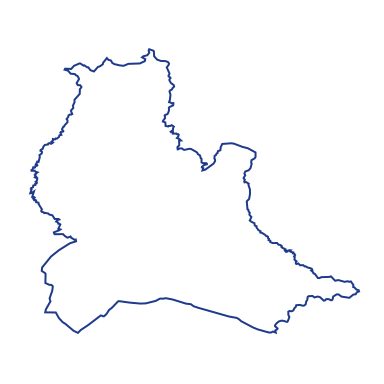 Siakago, Eastern, Kenya (Equal Earth projection), rotated 87°
{"feature_id": "3690345B46140582355746", "entity_name": "Siakago", "entity_type": "district", "adm_level": 2, "iso_a3": "KEN", "parent_name": "Kenya", "parent_adm1": "Eastern", "projection": "equal_earth", "projection_center": [37.759, -0.504], "detail": "fine", "context": "isolated", "style": "outline", "palette": "blue", "viewbox_px": 384, "rotation_deg": 87, "n_neighbors": 0, "source": "geoboundaries", "source_scale": "gbopen_adm2", "svg_char_len": 6006}
<svg xmlns="http://www.w3.org/2000/svg" viewBox="0 0 384 384"><g transform="rotate(87 192 192)"><path d="M304.5,344.9L305.2,334.3L310.8,331.6L315.3,327.9L316.9,325.5L324.4,317.5L326.7,313.3L324.0,310.3L319.3,302.4L310.6,289.7L310.7,288.7L311.5,287.2L311.4,286.2L309.5,283.9L305.4,280.9L303.4,278.0L297.3,271.5L297.2,270.4L299.2,260.0L300.7,249.5L300.8,244.0L298.9,234.1L296.8,229.5L297.0,226.5L296.7,223.6L298.3,217.1L303.2,203.7L304.0,199.0L306.2,196.3L308.0,191.7L318.3,161.5L320.1,153.8L321.7,151.5L323.5,149.8L330.6,137.9L332.7,133.4L336.3,122.7L336.5,120.6L335.6,118.4L336.8,115.7L334.6,116.1L333.6,114.1L332.7,113.7L330.4,116.1L329.6,116.1L327.6,114.5L325.8,112.0L325.2,109.8L325.3,108.0L326.7,103.9L326.1,103.1L321.9,101.3L319.8,102.2L316.6,102.1L315.9,100.8L316.3,99.1L316.1,98.0L315.3,96.8L313.6,96.0L312.2,94.4L310.5,93.8L310.4,90.2L311.4,87.2L311.3,86.1L310.2,84.4L307.4,83.7L305.7,82.5L302.9,82.0L302.2,81.1L302.1,77.1L303.7,75.3L303.0,72.0L303.3,70.8L303.8,69.6L307.4,66.1L307.2,64.8L306.0,63.6L306.0,62.5L306.2,60.9L307.4,58.9L307.3,58.0L306.8,57.3L303.8,56.5L301.8,52.9L302.0,50.9L304.3,48.1L305.9,40.4L302.9,36.3L302.7,33.9L300.8,32.7L300.0,30.4L298.8,30.7L298.1,32.8L295.7,34.9L295.3,36.0L293.3,35.7L289.6,38.1L289.9,39.5L289.3,41.3L289.7,44.3L287.6,50.5L288.1,53.7L283.5,57.7L284.0,59.2L283.8,67.3L284.6,69.0L284.5,70.8L280.4,73.4L279.6,75.0L278.8,75.0L276.7,77.0L276.3,75.9L275.1,76.3L274.2,77.9L273.7,79.9L272.2,82.4L272.2,83.5L270.9,84.7L270.8,87.9L268.9,89.6L269.4,91.4L269.0,92.0L267.3,92.0L266.6,91.3L265.0,93.2L262.2,92.8L261.7,93.4L260.3,92.3L259.0,93.1L258.6,94.4L257.7,94.0L256.8,96.8L256.0,97.6L255.4,96.7L255.2,97.6L255.6,99.5L256.4,99.7L256.8,101.1L255.5,102.2L254.9,101.4L254.1,101.6L254.2,102.5L253.4,102.8L252.4,104.8L251.5,105.6L250.8,105.1L249.6,106.4L249.1,108.4L247.4,109.7L247.2,114.2L246.0,116.5L244.7,116.4L244.1,118.0L242.9,117.6L242.3,118.4L240.8,118.4L240.2,119.0L240.0,120.2L238.8,121.0L236.6,124.1L236.0,125.9L234.8,125.6L233.6,127.6L230.7,129.5L229.6,129.3L228.7,131.1L226.4,131.3L225.1,133.9L223.5,135.8L220.1,134.0L218.1,135.6L217.3,135.9L215.7,135.4L214.5,136.4L212.6,136.7L212.2,137.5L204.2,137.8L201.9,135.3L197.1,134.2L192.5,134.0L187.8,135.3L186.7,134.9L184.9,137.4L185.1,139.0L184.2,139.3L182.4,138.6L181.1,139.7L180.4,139.6L178.2,138.0L176.3,138.7L174.3,137.7L173.3,134.3L171.2,132.3L166.8,130.9L165.8,131.4L163.3,130.9L161.7,127.7L160.3,126.7L155.8,126.5L151.2,134.0L149.6,139.2L145.9,147.6L145.4,150.4L145.6,159.3L148.8,161.0L151.8,161.5L152.6,164.0L154.5,164.5L154.8,165.4L156.4,166.2L157.0,167.5L159.9,167.9L160.7,167.3L162.3,167.3L164.8,169.0L170.4,177.6L171.0,180.4L168.8,179.5L168.0,180.9L167.3,180.7L165.7,178.4L165.1,175.7L164.4,175.7L163.9,176.5L163.8,179.5L163.0,180.9L159.2,180.8L158.7,181.5L155.8,182.2L154.5,184.2L153.4,184.5L152.2,185.6L149.0,190.7L148.7,192.4L149.5,196.9L149.4,198.0L147.9,199.9L147.9,202.7L148.6,203.3L148.6,204.1L146.4,204.2L144.7,202.3L140.1,202.2L140.0,200.3L138.3,202.0L137.3,204.2L135.7,202.7L134.0,202.3L133.5,202.8L133.5,204.0L132.9,204.4L132.7,208.0L131.2,207.8L130.9,208.8L131.3,209.6L130.7,210.1L129.3,207.8L127.5,207.6L125.7,206.7L124.2,208.9L124.9,210.1L124.8,211.9L125.3,212.3L124.7,214.9L121.1,215.0L120.1,217.4L119.2,217.1L116.8,215.0L114.1,215.3L113.6,214.7L113.0,212.5L111.6,211.6L109.3,210.7L106.7,210.7L106.0,210.1L104.5,206.3L102.9,205.9L102.2,206.0L102.4,207.6L101.4,208.9L101.1,210.2L98.6,209.2L93.8,208.4L90.3,209.2L89.5,208.7L88.5,206.6L87.4,206.1L85.8,204.3L84.2,204.7L82.2,207.2L79.4,208.7L78.5,208.7L77.1,207.5L76.5,207.7L75.5,209.2L74.6,209.4L72.9,208.3L72.1,208.4L66.2,210.7L63.9,208.7L62.6,208.2L61.0,209.1L59.9,211.6L59.5,216.2L58.0,219.9L54.5,222.7L49.6,222.7L48.8,223.3L47.2,227.3L48.6,227.9L50.7,227.4L53.1,229.5L53.9,233.5L54.9,234.8L56.9,231.7L58.9,232.3L60.9,237.4L60.7,248.9L62.4,253.6L61.8,257.4L60.2,262.9L58.9,264.9L56.5,266.0L55.6,268.6L53.8,270.0L58.3,274.0L59.8,274.4L61.7,277.4L62.2,279.4L66.5,283.6L65.0,287.1L62.1,289.0L62.0,290.1L59.8,293.0L60.1,293.8L57.9,296.6L57.7,297.5L59.8,303.2L62.8,306.2L62.2,312.2L63.2,312.8L64.3,309.5L67.5,307.0L68.1,302.8L69.3,301.9L70.0,300.4L72.0,299.3L73.3,298.9L77.2,301.5L79.3,300.5L79.5,298.1L81.0,297.0L81.7,297.0L83.5,298.6L88.2,299.0L93.7,304.5L96.2,304.6L99.4,306.3L102.0,306.2L103.9,308.3L104.8,308.6L107.9,307.5L108.4,308.6L108.2,309.8L109.1,311.4L110.5,311.6L112.6,313.4L113.8,312.6L115.8,312.7L118.8,315.8L119.9,316.3L120.2,317.2L122.1,318.3L122.8,318.5L124.5,317.3L125.0,317.7L125.2,319.7L125.7,320.3L128.1,319.5L128.4,321.4L130.1,322.0L131.7,324.2L131.4,325.3L132.3,326.0L131.8,328.1L133.2,328.2L134.4,329.6L135.3,328.2L136.2,329.5L136.5,330.3L135.7,331.7L136.1,333.0L137.0,333.3L137.3,336.5L139.0,338.1L140.9,338.7L142.2,341.0L142.9,341.2L143.8,339.8L144.4,339.7L145.8,340.2L147.2,342.4L149.3,342.2L154.0,343.7L153.5,344.9L156.1,346.4L156.3,345.4L157.1,345.0L157.7,345.5L157.7,347.0L159.2,347.4L159.5,348.2L159.0,349.2L161.5,350.2L161.8,351.2L162.4,351.1L162.5,348.0L163.4,347.4L164.3,345.3L165.5,347.3L166.2,347.2L166.8,348.1L168.6,346.8L168.5,347.8L169.1,348.2L170.2,345.8L171.2,345.9L172.9,346.5L173.4,347.4L174.7,346.4L175.3,346.9L175.4,348.1L176.7,348.0L177.2,350.2L179.0,350.6L179.8,352.6L180.5,352.8L181.2,352.1L184.8,353.6L184.7,352.3L183.2,349.8L188.5,351.8L188.7,350.3L189.2,349.5L190.4,350.9L191.3,349.4L192.0,349.8L192.3,348.1L194.0,348.2L194.6,345.9L196.2,345.7L201.5,342.8L203.1,343.6L203.9,343.1L204.6,341.1L205.4,340.6L205.2,339.6L206.0,336.6L207.1,335.6L207.9,332.7L211.7,330.6L212.0,326.6L212.5,326.1L212.8,327.8L214.4,329.2L215.2,327.6L216.7,327.2L216.8,325.9L217.5,325.2L221.7,327.4L222.5,325.4L223.3,326.7L225.1,332.1L226.4,331.8L227.0,331.3L227.3,323.0L229.3,321.3L231.1,318.7L230.1,315.6L231.3,315.1L233.7,311.5L233.4,310.6L235.2,310.4L236.8,316.6L243.2,328.0L249.0,336.1L259.5,345.6L262.9,346.2L265.5,342.8L266.2,342.5L275.2,343.2L277.2,339.4L277.4,337.4L278.5,336.1L279.6,336.0L283.5,336.8L290.8,339.8L293.8,339.1L301.7,344.1L304.5,344.9Z" fill="none" stroke="#1e3a8a" stroke-width="2"/></g></svg>